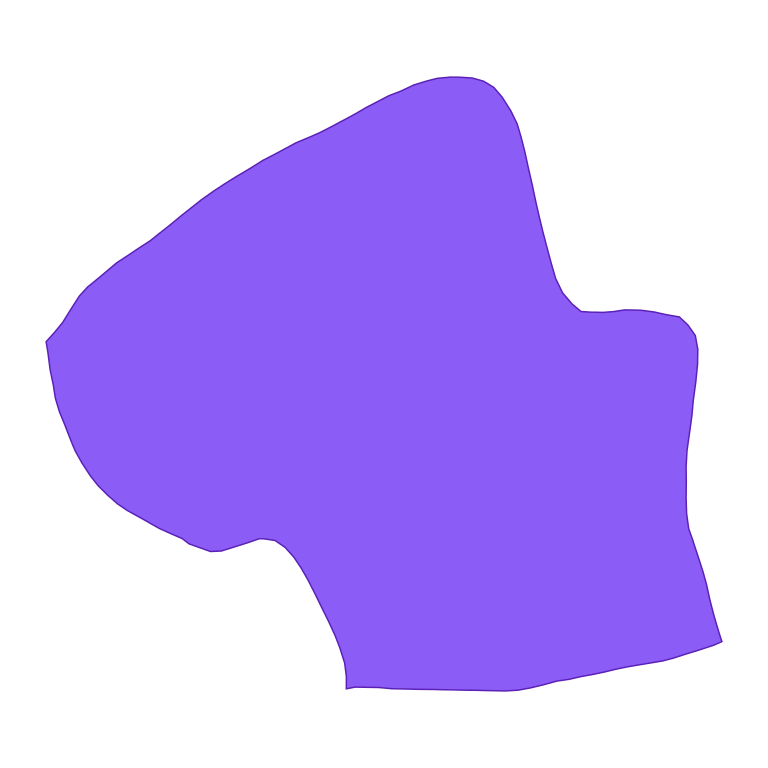 Haridah, Hadramawt, Yemen
{"feature_id": "15242507B86520144801681", "entity_name": "Haridah", "entity_type": "district", "adm_level": 2, "iso_a3": "YEM", "parent_name": "Yemen", "parent_adm1": "Hadramawt", "projection": "equal_earth", "projection_center": [48.179, 15.546], "detail": "fine", "context": "isolated", "style": "filled", "palette": "violet", "viewbox_px": 768, "rotation_deg": 0, "n_neighbors": 0, "source": "geoboundaries", "source_scale": "gbopen_adm2", "svg_char_len": 2777}
<svg xmlns="http://www.w3.org/2000/svg" viewBox="0 0 768 768"><path d="M721.9,641.6L720.2,636.4L718.8,632.0L714.1,616.1L710.1,600.7L708.9,595.4L706.5,584.4L703.3,572.8L702.9,571.4L697.8,555.6L693.4,542.3L693.1,541.1L688.7,528.7L686.6,513.4L686.1,497.6L686.3,481.8L686.1,467.0L687.0,450.7L689.5,433.0L692.0,414.8L692.9,404.3L693.4,399.6L694.2,393.7L695.8,381.9L697.6,363.6L697.6,361.6L697.8,349.3L695.3,335.5L687.9,325.0L681.2,318.7L679.3,316.9L674.4,316.1L666.0,314.6L660.5,313.4L654.4,312.0L643.0,310.5L640.0,310.2L635.2,310.1L624.9,309.9L621.3,310.4L613.5,311.6L602.9,312.4L594.7,312.2L591.5,312.2L582.3,311.6L581.0,311.5L572.0,303.9L567.1,298.1L562.6,292.9L555.6,278.4L551.3,263.5L547.7,250.1L546.5,245.7L545.6,242.2L544.8,239.0L543.0,232.3L539.4,217.4L536.1,203.1L532.2,184.7L527.9,165.9L525.0,152.5L523.2,145.3L521.1,137.1L517.1,123.7L513.9,117.2L510.8,110.8L502.6,97.9L501.9,96.8L493.7,87.3L483.6,81.2L478.4,79.7L472.2,78.0L461.3,77.3L458.9,77.2L450.7,77.1L437.4,78.3L426.8,81.0L414.2,84.8L401.3,90.9L399.1,91.8L389.1,95.6L376.2,102.3L366.2,107.5L355.6,113.7L344.2,119.9L340.7,121.7L331.6,126.6L319.4,132.8L308.7,137.5L296.2,142.7L284.7,148.9L274.1,154.6L263.0,160.3L255.2,165.2L250.8,168.0L237.1,176.1L231.9,179.3L224.1,184.2L213.8,191.0L201.6,199.6L192.4,206.9L182.1,215.0L171.0,224.2L163.2,230.4L160.0,232.9L159.2,233.5L150.4,240.6L137.8,248.8L127.1,256.0L116.8,262.7L106.5,271.4L97.3,279.1L92.2,283.3L87.8,286.8L81.4,293.8L79.3,296.1L70.9,309.2L62.7,322.4L56.5,330.0L53.9,333.1L53.0,334.1L46.1,341.7L47.6,350.6L48.0,353.2L50.1,369.6L52.1,379.3L53.3,384.9L54.1,390.2L55.4,398.3L59.4,411.7L61.8,417.5L65.3,426.1L66.8,430.1L70.1,438.5L72.7,445.0L75.2,450.9L81.9,462.9L90.4,475.9L98.3,485.9L106.2,493.7L108.0,495.5L108.5,495.9L117.7,504.0L127.5,510.6L137.6,516.2L148.5,522.3L150.5,523.5L159.4,528.5L170.7,533.6L182.4,538.7L182.5,538.8L189.1,543.9L210.5,551.5L221.4,551.0L247.2,542.9L259.4,538.7L263.7,538.8L265.3,539.0L275.1,540.5L277.7,542.3L285.2,547.5L293.8,557.1L297.1,562.0L301.2,568.1L306.7,577.7L308.6,581.1L312.3,588.5L314.9,593.5L321.2,606.5L328.6,621.4L334.0,633.2L335.2,635.8L340.0,648.3L344.7,663.2L345.8,672.1L346.4,677.0L346.3,688.8L348.0,688.5L355.0,687.1L366.3,687.3L372.5,687.4L378.8,687.5L386.4,688.2L391.3,688.7L405.3,689.0L417.4,689.3L425.7,689.4L428.3,689.4L435.0,689.5L442.0,689.7L454.4,689.9L457.5,690.0L466.9,690.2L476.6,690.3L480.2,690.4L487.7,690.6L494.1,690.7L502.2,690.9L505.9,690.9L507.7,690.8L518.0,690.2L530.5,687.9L543.8,684.7L556.7,681.1L563.7,680.1L569.2,679.3L580.9,676.6L593.1,674.4L599.2,673.1L604.1,672.1L615.1,669.4L621.7,668.0L628.3,666.7L641.2,664.5L652.2,662.7L656.3,662.0L662.8,660.9L673.1,658.2L686.0,654.0L688.5,653.3L699.7,649.8L713.7,645.2L719.0,642.9L721.9,641.6Z" fill="#8b5cf6" stroke="#5b21b6" stroke-width="1.5"/></svg>